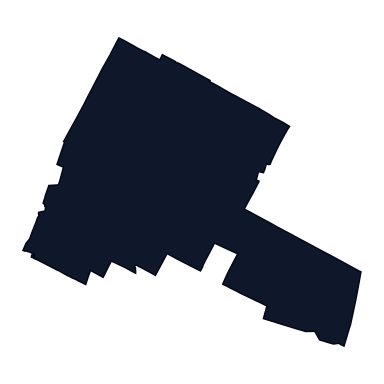 LEU, Dolj, Romania
{"feature_id": "2599482B68643233810442", "entity_name": "LEU", "entity_type": "district", "adm_level": 2, "iso_a3": "ROU", "parent_name": "Romania", "parent_adm1": "Dolj", "projection": "albers", "projection_center": [24.031, 44.193], "detail": "fine", "context": "isolated", "style": "filled", "palette": "ink", "viewbox_px": 384, "rotation_deg": 0, "n_neighbors": 0, "source": "geoboundaries", "source_scale": "gbopen_adm2", "svg_char_len": 5814}
<svg xmlns="http://www.w3.org/2000/svg" viewBox="0 0 384 384"><path d="M344.0,346.1L344.2,345.4L345.0,342.7L345.7,340.5L347.8,333.3L349.6,327.4L350.4,324.8L350.5,324.8L350.6,324.2L354.6,305.5L356.6,295.7L359.5,280.0L359.7,278.7L360.8,272.5L361.0,271.9L358.5,270.7L355.4,269.0L350.8,266.5L343.2,262.3L329.3,254.8L321.1,250.5L318.3,249.0L311.5,245.3L306.3,242.5L303.1,240.8L300.8,239.6L299.5,238.9L297.3,237.7L294.7,236.3L293.6,235.7L292.1,234.8L285.9,231.6L283.8,230.5L282.3,229.7L281.1,229.0L278.5,227.6L276.2,226.4L275.0,225.7L273.8,225.0L269.3,222.5L264.5,220.0L261.5,218.3L255.7,215.2L252.4,213.4L250.9,212.5L249.2,211.7L248.1,211.1L246.4,210.2L245.2,209.6L244.2,209.0L244.3,208.9L246.2,205.4L248.1,201.9L248.9,200.4L250.8,197.0L251.6,195.6L253.1,192.9L253.9,191.3L254.7,189.8L255.1,189.0L255.7,187.9L256.8,185.7L257.4,184.5L257.9,183.7L258.5,182.5L258.7,182.0L258.8,181.5L259.0,181.1L258.3,180.8L256.1,179.8L256.3,179.2L256.9,177.6L257.4,175.9L258.2,172.6L258.4,171.9L258.7,171.7L259.0,171.7L259.9,171.9L261.9,172.4L263.5,172.7L263.7,171.9L264.0,171.2L264.5,170.4L264.7,169.4L265.3,167.5L265.6,166.5L265.6,166.4L265.8,165.9L265.9,165.6L266.0,165.3L266.5,163.9L266.8,164.0L267.2,164.1L267.6,164.3L267.9,164.4L268.2,164.4L268.4,164.5L268.6,164.4L268.9,164.4L269.2,164.3L269.9,164.3L270.1,164.3L271.6,160.5L278.8,145.4L283.1,137.3L286.9,130.6L289.5,126.4L284.2,123.1L279.4,120.5L274.3,117.9L267.3,113.3L266.5,112.9L265.2,112.2L263.9,111.4L263.0,110.9L261.0,109.7L260.4,109.4L259.9,109.0L258.8,108.3L257.1,107.5L255.5,106.6L251.3,104.4L249.2,103.2L247.6,102.5L242.2,99.5L239.9,98.4L238.7,97.7L236.8,96.6L235.9,96.1L235.0,95.7L233.8,95.1L232.5,94.4L228.7,92.3L222.6,88.8L218.3,86.3L213.2,83.5L210.2,81.9L209.4,81.5L210.0,80.4L204.4,77.4L197.8,73.8L195.2,72.3L178.9,63.3L178.2,63.2L177.2,62.7L176.5,63.2L175.5,62.9L175.4,62.6L175.7,61.7L174.4,61.0L172.9,60.2L171.0,59.2L168.9,58.1L166.5,56.9L164.6,55.9L163.6,55.4L162.3,54.7L160.8,57.9L159.8,59.9L157.5,58.7L155.5,57.7L153.3,56.4L151.4,55.3L150.1,54.6L148.5,53.7L145.8,52.1L144.7,51.5L143.2,51.0L142.0,50.4L139.9,49.3L138.5,48.6L136.3,47.4L135.1,46.7L133.6,45.8L132.3,45.1L129.0,43.3L125.8,41.4L124.4,40.7L118.9,37.9L114.5,46.2L110.2,54.6L102.8,67.8L101.2,70.7L98.3,76.5L95.6,81.6L93.3,86.1L88.1,96.0L83.0,106.1L77.3,116.7L63.6,141.5L64.5,142.2L57.0,164.4L59.5,165.5L63.4,167.1L60.5,178.3L58.5,184.9L48.8,185.5L48.6,186.5L48.4,186.9L47.9,188.3L47.6,189.1L47.3,190.0L46.2,193.2L45.8,194.1L45.5,195.3L45.1,196.2L45.1,196.8L44.8,197.9L44.0,200.3L43.5,201.8L43.1,203.3L43.3,203.5L43.8,203.8L44.4,204.2L44.7,204.7L44.7,205.5L44.9,206.2L44.9,206.5L45.6,206.9L45.0,211.1L44.6,211.1L42.6,211.5L38.7,212.3L38.5,213.7L38.8,215.2L38.7,216.0L38.6,216.4L38.4,216.7L38.0,216.9L37.4,218.2L37.0,219.2L36.4,221.1L35.8,222.9L34.9,225.0L33.7,227.9L33.0,229.9L32.1,232.0L31.7,233.0L31.4,233.9L30.3,237.2L29.8,238.3L29.6,238.9L26.0,243.4L24.4,247.1L23.0,250.4L24.3,251.0L24.8,251.1L25.2,251.1L25.7,251.0L26.1,251.0L26.6,251.1L27.1,251.3L27.8,251.6L29.0,251.9L29.9,252.1L30.6,252.5L31.1,252.8L31.9,253.2L32.6,253.6L33.8,254.4L34.5,255.1L34.6,255.3L34.2,256.1L34.2,256.4L33.7,256.0L33.3,255.4L32.9,255.2L32.2,255.2L31.7,255.1L31.5,255.7L31.4,257.3L31.5,257.4L32.1,257.4L32.5,257.5L33.1,257.6L33.3,257.8L33.9,258.5L36.4,259.4L38.2,260.3L40.1,261.3L46.1,264.3L47.8,265.2L50.1,266.4L55.5,269.2L57.6,270.3L58.4,270.6L58.7,270.7L59.3,271.0L59.6,271.1L59.8,271.1L60.0,271.2L60.2,271.5L60.5,271.6L61.3,272.2L62.8,273.0L64.2,273.8L66.1,274.8L67.1,275.4L67.7,275.7L68.5,276.0L69.3,276.3L69.8,276.6L71.0,277.3L72.7,278.2L74.1,278.7L76.4,279.8L79.2,281.4L80.5,281.9L82.5,282.9L84.4,283.9L85.7,284.5L86.5,282.0L88.1,277.1L89.9,272.1L90.4,270.5L91.1,270.8L93.0,271.8L97.4,274.2L103.1,277.3L103.8,276.0L105.6,272.4L106.9,269.7L107.2,269.0L107.5,268.5L108.2,267.1L108.9,265.7L109.1,265.2L110.2,263.4L110.9,261.8L111.1,261.5L111.3,260.9L112.7,261.8L113.1,261.9L114.2,262.4L114.8,262.7L115.8,263.1L116.5,263.4L116.9,263.7L117.6,264.0L118.3,264.3L118.7,264.4L118.9,264.6L120.1,265.2L120.6,265.4L120.9,265.5L121.5,265.8L122.1,266.1L122.7,266.4L123.8,266.9L125.1,267.6L125.4,267.7L125.7,267.9L126.1,268.0L126.7,268.3L127.0,268.6L127.7,269.0L128.4,269.3L128.9,269.6L129.2,269.8L129.6,269.9L130.1,270.3L130.3,270.5L130.7,270.7L131.2,270.9L131.7,271.1L132.1,271.4L132.7,271.7L133.5,272.2L134.0,272.4L134.4,272.7L135.2,273.0L135.6,273.2L135.6,272.1L135.6,271.0L135.5,268.7L135.4,268.0L135.3,267.6L135.1,267.1L134.8,266.6L134.4,265.9L134.6,265.7L134.9,265.5L135.2,265.4L135.5,265.2L135.8,265.1L136.2,265.1L136.4,265.2L136.5,265.3L136.8,265.4L137.0,265.5L137.4,265.6L137.7,265.8L137.9,265.9L138.3,266.2L138.6,266.4L138.9,266.6L139.2,266.8L139.7,266.9L140.0,267.0L141.9,268.0L145.9,270.2L149.6,272.1L155.4,275.4L157.0,272.4L158.4,269.8L160.0,266.8L161.4,264.2L163.8,259.8L165.6,256.3L166.5,254.7L167.0,253.5L176.7,258.8L193.3,267.3L198.2,269.8L200.5,270.9L201.2,269.6L201.8,268.4L202.6,267.0L202.5,266.5L203.7,263.9L206.1,259.1L211.2,249.5L213.2,245.7L213.9,244.0L214.4,243.1L217.5,244.5L224.1,247.6L230.0,250.3L231.9,251.2L237.7,253.8L237.1,255.0L234.5,259.9L229.6,269.3L227.9,272.6L225.7,277.4L223.7,281.9L223.2,283.1L222.7,284.2L222.8,284.3L225.6,285.5L231.2,288.5L236.1,290.9L238.0,291.9L240.3,293.2L248.2,296.9L253.6,299.5L256.2,300.8L258.5,301.8L260.1,302.6L261.6,303.3L263.2,304.1L265.6,305.3L267.0,305.9L266.9,306.0L266.4,307.9L265.8,310.1L265.1,312.6L264.8,313.4L264.2,315.9L263.4,318.6L264.8,319.0L270.9,320.9L272.6,321.4L274.8,322.1L278.2,323.2L287.4,326.0L298.2,329.3L304.7,331.2L306.1,331.5L314.3,331.3L314.6,331.2L314.8,331.3L316.0,333.6L318.0,337.0L319.2,339.0L319.7,340.0L323.4,341.0L327.5,342.3L329.2,342.8L333.5,344.0L335.8,343.7L338.1,343.4L338.6,343.3L339.0,343.4L339.2,343.5L340.1,344.1L341.0,344.7L342.1,345.2L343.0,345.6L344.0,346.1Z" fill="#0f172a" stroke="#020617" stroke-width="1.5"/></svg>